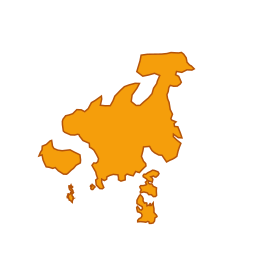 the district of Goheung-gun, South Jeolla, South Korea, rotated 28°
{"feature_id": "91817680B78599330358722", "entity_name": "Goheung-gun", "entity_type": "district", "adm_level": 2, "iso_a3": "KOR", "parent_name": "South Korea", "parent_adm1": "South Jeolla", "projection": "equal_earth", "projection_center": [127.345, 34.606], "detail": "fine", "context": "isolated", "style": "filled", "palette": "amber", "viewbox_px": 256, "rotation_deg": 28, "n_neighbors": 0, "source": "geoboundaries", "source_scale": "gbopen_adm2", "svg_char_len": 4496}
<svg xmlns="http://www.w3.org/2000/svg" viewBox="0 0 256 256"><g transform="rotate(28 128 128)"><path d="M105.6,58.2L107.1,63.0L109.3,74.1L116.7,75.3L121.2,71.6L125.7,67.3L131.4,66.7L131.9,72.8L132.5,75.3L131.9,80.9L133.1,86.4L131.9,92.0L129.7,97.5L128.0,102.4L124.6,104.3L118.4,103.1L116.1,96.9L117.2,88.9L117.2,83.3L113.3,85.2L108.7,89.5L105.4,93.2L103.7,98.1L101.4,106.1L102.0,111.1L101.9,116.6L97.4,119.1L92.9,120.9L91.2,114.8L89.5,112.3L86.1,119.1L83.8,122.8L83.8,129.6L82.1,133.9L78.2,133.9L74.2,135.8L72.5,141.3L70.2,143.8L67.2,146.5L66.5,150.6L66.9,152.9L68.6,155.9L72.3,161.0L74.3,161.5L80.6,161.0L84.3,159.2L86.4,157.2L88.0,156.9L89.0,157.9L94.1,160.2L101.0,159.7L103.1,163.0L105.4,163.0L108.2,163.5L110.7,165.0L112.8,166.3L116.3,168.8L117.2,171.9L116.3,174.1L114.2,174.9L113.7,177.9L117.0,180.0L120.2,182.0L121.9,184.0L124.9,186.8L123.9,189.1L126.7,193.2L131.6,194.7L133.9,193.7L134.6,191.9L132.1,189.9L130.2,188.3L128.8,185.5L131.8,185.5L133.2,183.3L132.3,181.0L134.2,178.4L136.7,175.9L141.1,174.1L143.0,176.4L143.9,178.2L146.7,178.2L149.9,175.1L147.8,171.3L148.8,169.1L152.0,168.6L155.0,167.8L155.2,162.7L156.9,162.5L159.0,162.0L160.1,157.9L160.8,155.6L161.7,153.1L160.3,151.1L157.3,150.1L153.2,146.8L151.8,141.0L150.6,137.4L155.7,134.1L157.6,135.4L159.9,136.7L163.1,137.4L167.8,137.4L170.8,136.1L172.9,137.2L178.0,139.9L180.0,136.9L181.9,134.6L183.3,132.4L184.4,130.1L183.0,124.8L182.3,120.7L181.9,116.7L176.6,115.7L172.1,114.4L171.0,112.1L177.0,112.9L180.3,111.4L176.5,107.8L171.4,103.5L168.4,104.8L166.6,102.5L167.5,100.0L163.1,100.5L161.5,99.7L160.8,94.9L156.6,91.9L152.2,86.1L149.2,83.6L146.7,80.3L146.4,77.0L145.0,73.0L145.3,70.5L148.7,69.7L151.8,67.9L153.4,64.7L153.6,62.6L148.5,58.6L145.0,58.6L144.3,55.3L149.4,53.6L152.7,49.0L157.3,46.8L158.7,44.7L154.8,43.5L152.7,43.5L149.2,42.2L146.4,38.7L142.5,36.7L139.7,36.2L137.6,37.9L134.9,39.2L130.5,41.2L127.4,44.0L122.9,47.0L110.5,53.8L105.4,57.5L105.6,58.2ZM101.2,178.6L98.2,174.3L96.0,174.3L92.1,174.5L87.1,174.5L80.5,179.0L76.4,180.5L72.3,180.9L69.9,179.5L66.4,174.8L65.3,176.0L63.6,180.9L60.8,184.3L62.3,187.6L62.1,190.7L62.5,194.5L64.7,192.1L68.1,196.2L71.0,198.5L74.0,200.7L76.8,199.7L80.5,199.0L82.3,197.1L86.6,198.5L92.7,199.0L95.5,197.6L96.2,196.2L97.7,191.6L98.8,189.3L99.7,185.2L102.3,181.2L101.2,178.6ZM175.5,185.3L174.5,183.2L173.0,182.1L170.2,181.1L169.8,182.8L169.8,185.5L169.8,187.5L170.6,189.1L171.4,190.5L174.6,190.8L177.4,190.8L178.7,192.5L178.3,194.2L176.9,194.5L175.2,193.6L173.1,192.8L173.0,194.2L174.5,196.1L175.8,197.5L177.7,197.1L179.9,197.2L181.3,198.3L181.7,199.5L181.6,201.3L180.4,202.7L179.9,205.0L180.6,206.3L183.0,204.8L185.8,203.6L188.0,202.8L189.3,201.2L190.5,201.0L191.6,202.2L193.3,201.3L194.8,200.0L195.1,197.7L194.0,194.8L195.2,192.6L194.3,191.7L190.6,190.4L189.7,188.7L188.7,186.9L186.6,184.4L185.4,182.3L184.9,185.5L183.8,186.1L183.1,183.7L182.6,186.4L181.3,187.8L179.9,185.5L179.0,185.6L177.8,186.6L175.5,185.3ZM175.7,158.3L176.7,155.8L176.8,153.7L175.0,152.6L171.1,153.1L169.5,153.7L168.1,156.0L166.6,158.0L165.3,160.6L163.9,161.2L163.6,162.8L164.3,163.9L168.0,164.2L169.3,164.7L169.5,166.0L168.8,167.7L170.9,169.2L170.0,170.4L169.6,170.7L168.5,171.7L166.3,172.9L166.0,174.4L167.5,175.6L168.9,176.4L168.7,178.5L169.4,179.4L172.0,177.0L174.2,176.5L175.5,176.2L177.6,177.1L179.9,175.9L182.6,176.7L184.4,175.6L184.9,174.1L183.1,171.2L182.3,169.8L181.3,167.5L179.5,167.5L177.8,167.7L175.2,166.2L173.7,167.2L172.0,167.2L170.9,165.0L173.1,164.7L174.8,164.5L174.1,161.8L173.0,160.9L171.0,160.4L173.1,158.4L174.3,158.7L175.7,158.3ZM105.1,205.6L104.4,205.0L104.4,205.7L104.9,206.2L104.8,206.5L103.7,206.4L103.0,206.9L103.5,207.6L105.1,207.5L105.4,207.9L105.0,208.5L104.2,208.6L105.2,209.7L106.3,210.0L107.1,210.2L108.1,210.7L108.1,211.3L107.6,211.9L108.2,212.7L107.6,214.1L106.6,213.9L105.9,214.6L106.9,215.1L107.2,216.0L106.9,216.1L106.4,216.0L106.4,216.9L107.1,217.0L107.1,217.8L107.5,217.6L108.1,217.4L108.5,218.3L109.5,218.4L110.1,219.3L111.2,218.9L112.6,219.6L113.7,219.8L113.0,218.4L112.9,217.5L113.1,217.0L112.6,216.2L113.0,215.6L112.4,215.8L112.0,214.7L111.5,214.4L111.0,214.4L110.0,213.6L109.5,212.0L110.0,211.5L110.2,210.6L109.3,210.2L109.1,209.5L108.0,208.7L107.1,208.4L106.3,207.4L106.4,207.0L106.9,206.3L106.5,205.7L105.5,206.2L105.1,205.6ZM122.8,194.6L122.8,195.8L122.0,196.2L122.2,197.1L123.5,196.9L123.2,198.1L123.7,199.1L125.1,199.3L125.8,198.8L126.1,197.6L126.1,196.7L126.6,195.5L125.4,195.1L124.6,195.0L122.8,194.6Z" fill="#f59e0b" stroke="#b45309" stroke-width="1.5"/></g></svg>